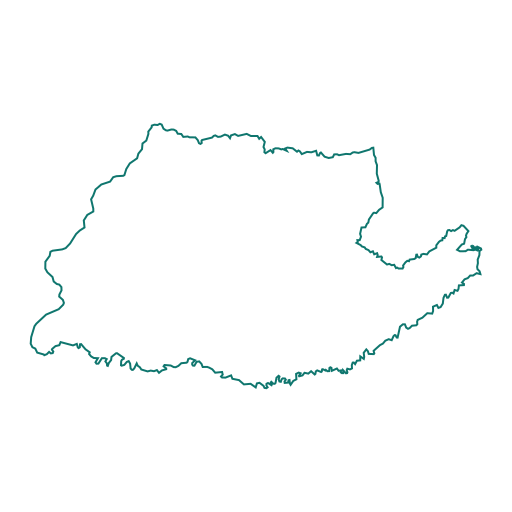 Quimbaya, Quindío, Colombia (Mercator projection)
{"feature_id": "7082276B28031700236172", "entity_name": "Quimbaya", "entity_type": "district", "adm_level": 2, "iso_a3": "COL", "parent_name": "Colombia", "parent_adm1": "Quindío", "projection": "mercator", "projection_center": [-75.769, 4.613], "detail": "fine", "context": "isolated", "style": "outline", "palette": "teal", "viewbox_px": 512, "rotation_deg": 0, "n_neighbors": 0, "source": "geoboundaries", "source_scale": "gbopen_adm2", "svg_char_len": 6060}
<svg xmlns="http://www.w3.org/2000/svg" viewBox="0 0 512 512"><path d="M479.6,271.3L477.5,269.2L477.1,266.9L477.9,263.2L477.7,259.6L479.4,255.1L479.5,251.0L481.3,249.7L481.0,248.5L477.2,246.6L476.7,247.3L473.7,247.3L473.3,246.2L472.4,246.4L472.0,245.8L471.3,246.2L472.5,248.5L475.5,248.1L477.5,248.6L478.3,249.0L477.6,250.5L475.3,249.6L473.6,250.2L467.9,249.7L465.6,251.2L460.0,251.3L457.1,249.8L461.8,244.5L464.1,243.7L465.0,239.1L466.4,237.1L466.0,235.6L466.6,233.8L468.4,231.1L463.5,225.8L461.4,225.2L459.6,227.4L454.6,230.8L452.9,230.1L451.1,231.1L449.4,230.0L448.0,230.2L447.2,231.3L446.2,236.0L445.0,236.4L444.6,238.1L442.6,238.0L442.3,240.3L440.6,240.6L439.0,241.8L436.3,245.3L436.3,247.7L429.3,251.4L427.0,254.4L423.4,253.9L421.3,254.6L420.9,256.4L419.3,257.6L417.7,256.8L417.0,254.6L416.3,254.7L415.7,258.1L414.3,259.0L409.6,259.6L409.0,261.2L407.3,260.8L405.4,262.4L403.1,265.5L403.4,267.1L402.6,268.5L398.5,268.5L397.1,267.6L396.0,268.1L394.2,264.8L391.7,265.2L389.3,263.9L387.0,264.5L381.4,260.0L382.0,257.4L381.4,256.5L377.1,256.9L377.7,255.0L377.1,253.2L374.2,254.3L372.9,251.3L370.4,252.3L368.5,250.1L365.7,248.9L364.7,247.4L361.8,246.4L360.7,245.1L356.5,242.9L357.8,241.9L357.4,240.1L359.7,240.1L361.0,236.7L360.1,233.8L361.5,227.5L365.4,227.3L366.9,223.9L368.3,222.6L368.9,219.5L373.1,213.3L374.0,212.7L376.3,213.1L379.1,209.8L382.6,207.4L382.7,197.8L380.8,192.2L379.7,184.5L379.5,183.7L377.6,183.9L376.5,182.8L378.6,181.8L378.7,180.8L376.8,173.7L377.0,165.1L375.6,161.3L375.6,157.8L374.0,155.0L373.3,147.7L371.9,147.9L369.6,149.6L358.5,152.9L354.4,152.2L352.7,152.5L350.3,154.2L346.0,153.9L339.0,155.2L337.1,154.3L334.2,154.4L332.8,157.2L328.7,158.0L324.6,156.7L320.9,152.5L320.1,153.0L318.9,155.5L317.3,155.4L316.1,150.8L311.3,152.3L307.0,151.9L301.8,154.1L299.8,151.3L298.4,150.5L297.0,151.7L292.7,148.3L287.4,147.6L285.2,148.5L286.7,150.8L282.7,149.0L281.3,149.4L278.7,148.4L275.4,148.3L273.3,149.3L273.4,152.1L272.8,152.8L270.5,150.1L265.6,153.2L264.4,152.2L264.7,149.4L263.5,147.0L264.8,141.9L261.1,137.0L259.2,138.8L257.5,136.0L250.9,136.0L246.7,133.9L238.1,135.9L234.9,134.1L231.0,135.4L230.0,138.2L228.1,135.7L224.9,134.6L220.7,136.6L218.0,136.9L215.3,135.4L213.7,135.9L212.0,137.6L202.1,140.0L201.5,140.8L201.7,143.0L200.5,143.9L199.0,143.2L197.8,140.2L195.4,137.4L189.5,137.3L187.7,136.5L183.3,136.9L181.3,134.0L177.7,133.7L176.2,130.9L173.7,129.6L171.3,129.5L167.5,130.6L165.9,130.3L163.5,128.7L161.7,124.6L159.8,123.8L157.6,125.0L154.4,124.7L151.8,125.6L151.6,127.4L148.3,131.6L148.4,133.9L146.3,140.6L142.5,143.5L142.0,149.2L138.4,153.6L137.1,158.3L129.8,163.4L126.3,169.0L124.4,175.1L123.2,175.8L116.4,176.2L113.2,177.2L110.1,181.6L101.3,184.5L95.5,189.5L93.2,195.7L91.1,199.3L93.3,208.7L93.3,211.5L87.3,214.9L83.8,220.4L84.5,227.5L79.8,230.5L76.1,234.0L70.1,243.5L65.7,248.1L62.2,249.4L52.6,250.7L50.4,251.8L49.7,255.8L45.4,261.7L45.3,268.6L47.4,272.3L52.5,277.0L53.7,281.5L56.8,284.0L59.3,284.6L61.4,287.1L61.5,290.4L59.4,294.5L59.2,296.6L62.9,299.9L63.9,302.9L63.2,304.7L58.7,309.2L46.1,314.6L36.3,323.7L34.5,326.2L31.2,337.1L30.7,343.7L32.4,347.2L35.3,348.6L37.2,352.6L43.8,354.5L44.3,355.2L46.8,354.2L49.1,351.9L50.8,353.4L52.7,353.1L53.3,351.6L51.9,349.6L52.2,348.9L55.5,346.1L59.3,345.2L60.6,342.1L73.0,345.4L76.8,343.9L77.8,347.4L78.6,348.1L79.8,347.3L80.0,344.3L81.1,344.1L85.5,349.3L89.7,352.3L89.1,354.0L91.1,356.4L93.8,358.0L97.9,358.2L95.5,362.3L96.5,363.7L98.4,363.6L101.9,358.2L104.9,358.2L106.7,359.1L105.4,361.4L106.9,363.4L107.1,365.6L107.8,365.9L108.8,363.0L111.1,360.1L111.5,356.9L116.0,353.3L117.0,353.2L123.9,358.0L123.8,358.8L122.0,359.7L121.2,361.1L121.0,365.3L121.6,365.7L124.3,364.9L126.8,361.9L128.7,361.1L130.1,363.6L130.6,368.5L131.8,369.8L132.8,369.9L134.2,368.5L136.7,363.4L137.7,365.7L139.9,367.3L141.3,369.5L147.6,371.4L150.7,370.6L154.0,371.2L156.9,370.1L159.0,372.8L162.0,370.4L166.2,369.2L166.2,368.4L163.6,366.3L164.5,365.0L170.7,365.5L173.7,367.1L175.7,367.2L178.4,365.9L181.3,363.2L186.6,362.7L187.5,361.8L188.2,359.1L190.1,358.3L195.1,360.3L192.2,363.1L192.2,364.6L193.1,365.7L194.4,365.7L196.6,361.8L199.2,361.4L201.5,363.9L202.7,367.0L207.1,366.9L209.1,367.6L212.3,369.3L215.2,372.7L222.1,372.0L222.7,374.6L221.0,376.5L222.0,377.5L225.5,377.6L231.1,375.4L232.4,378.8L239.0,380.1L243.9,384.4L250.6,383.8L255.7,387.4L256.9,383.4L259.5,382.8L263.5,385.8L264.5,387.9L266.4,388.2L267.6,387.3L266.4,385.4L266.5,383.8L268.0,383.0L271.5,385.2L271.9,384.2L270.8,382.4L271.3,381.8L273.3,383.7L274.7,383.8L275.5,383.0L276.5,377.7L278.6,375.8L279.5,376.5L278.7,379.3L279.4,381.5L280.8,381.8L281.6,379.3L282.7,378.4L285.0,378.5L285.8,379.7L284.5,381.5L284.7,382.9L288.1,382.6L288.6,380.2L289.5,380.0L289.9,383.5L290.6,384.8L293.3,380.9L296.4,379.3L296.1,373.9L298.7,372.6L300.6,373.3L298.9,375.9L299.2,376.3L302.5,375.4L304.5,372.8L308.3,373.6L311.1,371.2L314.7,374.5L315.4,373.9L315.8,371.4L317.2,370.4L321.1,372.0L321.8,371.5L322.1,369.4L322.8,369.2L325.4,370.5L325.8,369.9L327.4,371.2L329.3,371.1L329.4,368.0L330.3,367.3L331.4,367.8L331.9,370.8L336.9,368.5L338.6,370.8L341.2,370.4L340.7,372.3L341.8,373.1L343.2,373.1L343.2,370.3L346.0,373.3L347.1,373.1L347.4,372.3L346.7,370.1L347.3,368.7L350.0,369.4L352.0,368.4L351.8,365.2L352.7,362.6L353.8,362.5L355.1,364.1L356.9,360.7L360.2,360.4L360.3,356.4L363.8,358.9L364.2,356.9L363.7,352.8L366.3,349.4L367.9,351.2L368.7,353.9L373.8,354.1L374.3,353.4L373.6,350.9L374.3,350.2L380.0,345.1L382.9,343.6L385.3,340.7L388.7,339.2L391.7,340.2L393.5,336.2L394.6,335.1L395.5,335.2L396.7,337.5L397.6,337.6L400.0,326.7L402.9,324.3L404.9,324.3L406.2,327.6L408.0,328.8L409.6,328.1L412.0,325.7L416.3,325.3L417.3,324.2L417.1,321.7L417.7,319.9L422.4,317.7L427.3,313.2L432.2,313.6L433.1,311.0L433.0,306.7L436.9,305.0L438.4,307.9L440.6,307.1L442.8,303.6L443.5,297.9L444.9,294.8L445.9,294.7L447.1,297.7L448.3,297.6L450.8,293.0L452.2,292.7L453.5,293.5L454.6,290.0L457.5,290.8L458.5,288.9L458.9,285.4L463.9,285.1L464.0,284.0L462.0,282.5L464.6,279.3L467.8,278.1L470.2,275.5L473.1,275.5L476.6,273.2L480.4,274.1L479.6,271.3Z" fill="none" stroke="#0f766e" stroke-width="2"/></svg>